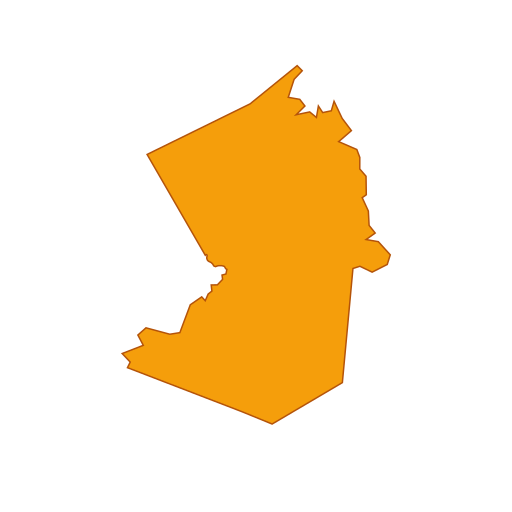 Butler, Kentucky, United States of America (Robinson projection), rotated 132°
{"feature_id": "52423323B68914113010004", "entity_name": "Butler", "entity_type": "district", "adm_level": 2, "iso_a3": "USA", "parent_name": "United States of America", "parent_adm1": "Kentucky", "projection": "robinson", "projection_center": [-86.694, 37.197], "detail": "fine", "context": "isolated", "style": "filled", "palette": "amber", "viewbox_px": 512, "rotation_deg": 132, "n_neighbors": 0, "source": "geoboundaries", "source_scale": "gbopen_adm2", "svg_char_len": 1172}
<svg xmlns="http://www.w3.org/2000/svg" viewBox="0 0 512 512"><g transform="rotate(132 256 256)"><path d="M381.3,162.8L370.1,131.6L292.3,107.1L200.4,175.6L194.1,171.9L190.3,158.9L174.5,152.8L165.3,157.0L163.5,174.7L170.1,185.2L159.2,182.8L157.6,192.4L147.4,202.6L141.6,216.1L136.7,215.0L123.1,227.6L121.9,237.1L113.3,244.8L109.4,252.3L115.7,271.1L99.0,269.0L96.1,284.0L88.8,301.5L97.7,297.2L104.8,302.4L102.8,310.0L112.6,303.8L113.0,312.5L124.2,320.7L111.8,320.0L110.3,328.3L116.5,338.2L99.2,345.9L87.4,345.6L87.0,352.8L146.9,362.2L253.4,404.9L258.3,389.8L289.4,294.2L288.6,294.2L288.0,293.6L288.2,292.8L289.1,292.1L289.8,291.8L290.7,291.0L291.5,289.6L291.7,288.6L291.6,287.4L291.1,285.8L290.9,284.9L290.9,283.7L291.0,282.6L291.5,281.1L291.6,280.5L291.0,279.0L288.8,277.8L288.0,277.1L286.2,275.1L285.6,274.1L285.1,273.1L285.0,272.5L285.2,271.3L285.6,270.5L285.7,269.7L285.4,268.7L289.5,266.3L292.9,268.5L295.7,265.2L303.3,265.4L307.5,269.9L311.6,265.3L316.3,266.1L323.2,263.8L322.7,269.0L336.2,272.2L363.9,261.3L371.8,267.7L383.0,289.7L393.8,290.9L397.8,280.0L418.0,290.2L419.0,278.5L425.0,276.8L381.3,162.8Z" fill="#f59e0b" stroke="#b45309" stroke-width="1.5"/></g></svg>